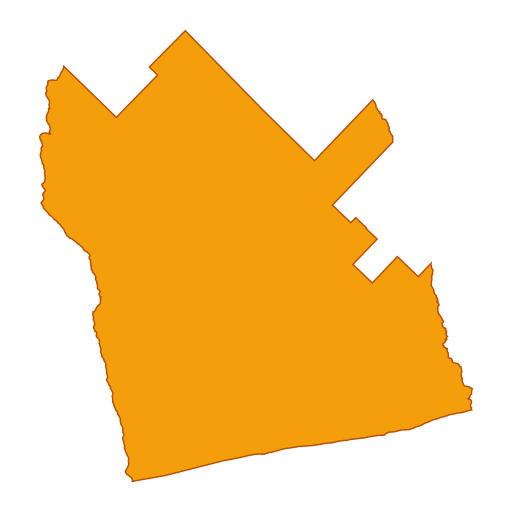 outline of Tres Arroyos, Buenos Aires, Argentina
{"feature_id": "61730980B62269269094219", "entity_name": "Tres Arroyos", "entity_type": "district", "adm_level": 2, "iso_a3": "ARG", "parent_name": "Argentina", "parent_adm1": "Buenos Aires", "projection": "orthographic", "projection_center": [-60.092, -38.474], "detail": "fine", "context": "isolated", "style": "filled", "palette": "amber", "viewbox_px": 512, "rotation_deg": 0, "n_neighbors": 0, "source": "geoboundaries", "source_scale": "gbopen_adm2", "svg_char_len": 5928}
<svg xmlns="http://www.w3.org/2000/svg" viewBox="0 0 512 512"><path d="M392.7,136.6L392.3,135.7L390.8,133.9L389.9,131.2L388.9,129.9L388.9,129.2L389.3,128.7L389.0,126.7L388.4,126.1L387.6,123.0L386.8,122.1L386.0,120.1L385.4,119.4L383.5,119.2L382.4,118.9L382.1,118.5L381.7,117.7L382.1,116.1L381.6,114.4L380.6,113.4L380.0,113.5L379.7,112.8L379.9,112.0L379.0,111.6L378.7,110.8L377.4,109.9L377.1,108.7L376.5,108.0L376.1,107.1L375.9,105.3L375.2,103.1L372.8,99.8L314.5,160.7L263.3,110.4L185.3,30.7L149.4,67.0L157.5,75.2L116.3,117.4L63.8,66.3L63.4,68.8L60.2,74.2L60.0,75.7L59.1,76.8L58.1,77.5L57.7,78.9L57.1,79.8L55.8,80.4L53.8,80.1L51.3,80.1L48.4,80.7L48.1,81.0L47.6,83.7L47.8,85.0L46.7,86.2L46.2,87.6L46.3,89.3L46.9,90.9L46.8,91.5L45.7,92.6L45.7,93.0L46.3,95.9L49.3,100.4L49.5,103.3L48.9,105.0L49.5,106.6L49.5,107.1L49.2,107.4L49.5,108.5L49.2,108.9L48.6,108.8L48.7,110.9L46.7,115.1L46.7,115.7L46.3,116.3L46.5,117.2L46.3,117.6L46.7,119.2L46.5,119.8L46.8,121.2L48.1,123.6L48.6,123.9L49.5,125.8L50.3,128.6L50.3,129.5L49.2,132.4L49.4,133.0L50.4,133.3L50.5,133.7L50.3,134.2L49.1,134.1L48.4,133.4L47.2,133.4L46.1,133.0L42.5,133.3L40.6,134.7L39.8,136.6L39.8,137.5L40.3,139.5L41.4,141.8L41.8,142.1L42.5,145.4L42.5,146.9L41.8,146.9L41.2,148.0L41.1,148.8L41.4,151.1L40.4,153.5L40.4,156.5L40.6,157.4L41.4,158.8L42.3,162.9L42.3,163.7L43.4,164.5L43.7,165.2L43.8,167.2L44.6,170.5L45.0,171.0L44.5,172.5L45.0,176.7L45.1,179.2L44.6,181.8L44.1,182.4L41.9,184.2L41.8,184.7L42.3,186.1L44.0,188.5L44.9,189.2L45.3,190.4L45.1,191.1L43.5,193.0L42.7,194.6L43.9,198.2L43.8,198.7L42.7,201.2L41.2,202.4L41.1,203.0L41.8,204.4L43.0,205.7L43.2,206.4L43.2,207.5L43.5,208.2L48.2,213.1L49.2,214.8L52.3,216.8L53.9,219.0L57.2,221.5L58.0,223.0L59.8,224.3L61.7,226.9L63.8,229.1L64.8,231.8L67.2,235.9L69.8,238.0L72.5,239.1L73.5,240.3L76.0,241.9L77.6,243.5L81.7,246.6L82.8,247.8L84.4,250.7L86.6,251.7L87.8,252.6L90.0,255.1L90.0,255.7L89.2,256.8L89.2,258.2L89.3,258.9L90.6,260.4L90.5,262.5L90.9,264.5L90.7,265.7L91.3,266.8L91.3,269.0L91.5,269.6L92.3,270.3L92.3,271.3L92.8,272.6L94.8,274.7L95.0,275.4L95.7,276.4L95.9,277.1L95.4,279.0L96.7,281.5L96.7,282.5L97.5,285.5L97.4,286.7L97.5,288.5L97.8,289.1L99.4,290.2L100.1,291.2L100.1,291.7L99.2,293.4L99.0,294.5L100.1,296.6L101.0,297.1L100.2,298.1L100.5,298.7L100.5,300.9L100.3,301.7L100.5,303.5L97.4,306.3L94.4,311.6L92.9,311.9L92.9,315.4L93.7,317.9L93.2,319.5L93.9,320.5L94.7,324.2L94.6,325.1L93.9,326.0L93.7,327.9L94.0,328.9L94.8,330.1L94.8,331.2L96.6,332.2L96.6,334.4L96.2,335.7L96.8,337.3L98.7,338.8L99.2,340.1L99.3,341.1L99.6,341.4L99.1,343.6L99.8,345.2L100.2,346.9L101.0,348.1L100.8,351.7L101.1,353.5L101.9,355.0L101.7,356.7L102.6,357.5L103.6,358.9L104.1,360.7L105.6,363.1L105.9,363.9L105.7,366.9L106.5,369.7L106.4,370.7L106.9,374.2L107.6,376.6L107.6,377.5L106.9,378.8L106.6,380.2L108.1,382.8L109.1,385.3L110.4,386.6L110.5,387.2L110.2,388.1L111.6,390.3L112.9,393.0L113.0,393.8L112.1,396.1L112.6,398.1L112.7,402.0L113.5,403.4L113.6,404.5L115.0,407.8L115.5,409.6L116.1,410.7L117.5,412.0L117.7,412.5L117.4,414.2L118.9,415.5L119.1,416.7L120.3,418.3L120.3,421.5L120.9,424.1L122.8,427.8L122.9,432.6L123.4,433.0L124.1,435.3L122.9,437.2L122.7,438.4L122.9,439.8L123.6,441.0L124.1,444.3L124.6,445.6L124.4,447.2L124.6,448.8L125.3,450.3L125.4,451.4L126.9,454.2L127.5,455.9L128.5,457.3L128.6,458.2L128.4,461.6L128.8,464.0L127.7,467.3L125.6,470.8L125.4,471.3L125.7,472.6L126.7,474.1L131.5,477.7L132.3,479.6L132.3,481.3L165.3,475.5L222.8,460.8L237.8,458.0L248.1,455.6L254.7,454.4L258.3,454.0L261.3,454.0L262.1,454.5L263.3,454.1L264.3,454.2L264.4,453.7L267.1,453.4L267.2,453.1L268.1,453.0L269.1,452.4L271.4,452.3L283.9,448.8L297.0,446.9L297.6,446.6L312.4,445.5L319.3,444.4L320.6,444.6L320.9,444.2L323.3,443.7L328.3,443.0L331.4,442.9L338.1,441.3L344.4,440.4L346.8,440.4L349.9,439.5L364.7,437.8L368.1,437.0L377.0,435.5L380.4,435.2L381.4,435.4L384.6,435.0L385.1,434.7L385.8,433.6L386.6,433.0L388.2,432.7L388.5,432.2L394.3,431.8L401.7,429.9L409.5,429.6L410.9,428.9L413.2,428.3L415.0,427.2L419.7,425.8L423.1,424.3L425.0,423.1L427.7,422.3L432.9,419.8L435.8,419.2L442.0,417.0L444.6,416.5L449.1,414.9L457.7,413.1L463.1,412.3L467.6,410.8L471.7,409.9L471.3,408.9L471.5,407.8L470.9,407.7L470.8,406.8L470.4,406.0L471.6,401.4L470.4,399.7L469.2,399.2L468.6,399.3L468.5,398.7L468.2,398.4L468.7,398.0L469.1,398.3L469.6,398.0L470.2,395.3L471.5,393.9L471.7,390.2L472.1,389.7L472.2,388.6L471.7,388.1L470.3,388.2L469.8,387.3L468.6,386.7L464.2,385.9L462.3,381.9L462.1,379.2L462.4,378.8L462.3,378.1L461.2,376.4L461.1,373.8L461.8,371.9L461.2,367.4L460.3,366.5L459.5,366.4L459.3,365.3L457.9,363.6L454.2,363.0L452.5,361.9L452.2,361.5L452.2,360.4L451.6,359.8L451.5,358.6L448.7,357.8L448.3,356.9L448.4,354.9L448.0,353.0L448.1,352.6L447.0,350.9L447.2,350.4L447.2,348.5L445.8,348.5L445.5,347.6L444.0,347.2L444.0,345.9L442.6,344.7L442.9,343.8L443.9,343.2L445.4,341.5L445.6,340.3L445.8,340.3L445.3,339.6L445.7,338.9L446.7,339.0L446.4,337.9L447.5,336.4L446.3,335.5L446.3,334.1L445.7,333.6L446.5,332.5L446.4,332.2L446.6,331.8L446.4,331.2L445.7,330.9L445.6,330.2L445.3,330.0L445.9,328.6L444.7,327.9L443.9,327.9L443.5,327.5L442.6,326.1L442.5,325.3L442.0,324.2L442.2,323.8L442.2,323.1L442.7,323.0L443.5,321.3L442.5,320.2L441.9,318.3L440.5,316.6L440.4,316.0L439.3,315.2L439.4,314.6L439.1,314.0L438.0,312.7L438.3,312.2L437.7,310.2L437.7,308.9L438.0,308.4L437.7,307.1L438.1,306.1L438.6,305.8L439.1,304.9L438.5,303.6L438.5,303.1L437.1,302.5L437.2,301.4L437.9,301.3L437.8,300.5L437.5,300.0L437.5,298.4L436.5,297.6L436.3,295.5L434.8,294.2L434.2,292.6L433.8,292.2L433.6,291.9L434.0,291.1L433.8,290.0L431.2,285.5L431.2,283.4L431.9,278.6L431.7,277.7L431.8,275.8L432.6,273.9L432.5,272.6L433.0,270.0L431.4,267.6L431.2,265.3L430.8,264.5L431.0,263.4L418.3,276.7L397.4,256.6L372.3,283.0L352.9,264.4L377.1,239.1L366.1,228.6L366.5,228.0L355.8,217.7L350.7,222.7L332.4,205.1L393.0,141.8L392.5,140.4L392.9,139.2L392.5,137.5L392.7,136.6Z" fill="#f59e0b" stroke="#b45309" stroke-width="1.5"/></svg>